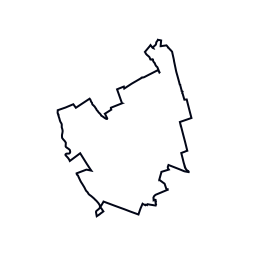 Tortoman, Constanta, Romania, rotated 290°
{"feature_id": "2599482B73045613488071", "entity_name": "Tortoman", "entity_type": "district", "adm_level": 2, "iso_a3": "ROU", "parent_name": "Romania", "parent_adm1": "Constanta", "projection": "natural_earth1", "projection_center": [28.254, 44.36], "detail": "fine", "context": "isolated", "style": "outline", "palette": "ink", "viewbox_px": 256, "rotation_deg": 290, "n_neighbors": 0, "source": "geoboundaries", "source_scale": "gbopen_adm2", "svg_char_len": 5367}
<svg xmlns="http://www.w3.org/2000/svg" viewBox="0 0 256 256"><g transform="rotate(290 128 128)"><path d="M207.2,148.1L208.7,147.2L213.7,144.0L214.7,143.4L214.8,143.3L215.9,141.2L216.1,141.0L216.1,140.7L217.3,138.5L217.3,138.2L217.5,138.2L218.7,136.1L218.8,135.9L216.7,131.9L216.1,131.0L216.0,130.7L217.0,130.4L218.9,129.9L221.6,129.2L221.5,128.2L221.1,126.0L221.1,125.9L220.3,125.9L220.0,125.8L219.4,125.6L218.8,125.4L218.1,125.3L216.7,125.6L215.9,125.6L214.9,125.2L213.4,124.3L213.0,124.1L212.7,124.1L212.3,124.1L211.8,124.4L211.7,124.5L211.7,124.0L212.0,123.3L213.6,120.8L212.2,120.4L205.3,117.9L205.2,118.1L204.1,119.2L203.8,119.6L203.7,119.8L203.5,120.2L203.2,120.7L203.0,121.2L202.9,121.6L202.6,122.3L202.4,122.9L202.1,123.6L202.0,123.8L201.8,124.0L201.3,124.5L200.7,125.1L200.3,125.4L200.1,125.5L200.1,125.8L200.4,126.0L200.4,126.3L200.3,126.6L200.5,126.8L200.6,127.3L200.8,127.6L201.0,127.7L201.0,127.8L200.8,128.1L199.6,128.7L199.4,128.9L199.2,129.1L199.0,129.4L198.8,129.7L198.2,130.6L198.1,131.0L197.3,131.6L196.9,132.0L196.6,132.3L196.2,132.8L195.7,133.5L195.5,134.1L195.3,134.6L195.1,134.9L191.8,137.8L191.4,138.2L191.1,138.6L190.9,138.5L191.5,137.9L191.7,137.5L192.1,136.9L192.6,136.3L187.1,131.2L185.3,129.5L181.5,126.0L181.1,125.6L180.6,124.8L180.3,124.4L180.2,124.2L180.3,123.9L179.8,123.4L179.3,123.3L170.9,116.3L163.8,111.0L165.5,109.9L162.0,106.0L160.6,104.5L154.9,109.2L149.2,113.9L149.2,114.0L141.2,105.0L140.6,105.2L139.5,106.0L133.5,101.4L133.3,101.7L129.9,105.2L129.6,105.2L129.4,105.2L129.2,104.8L129.2,104.0L129.5,102.4L129.9,101.4L129.9,101.2L130.4,99.1L130.5,98.6L131.2,97.9L131.5,97.4L132.1,96.3L132.3,95.9L132.4,95.4L132.8,94.8L133.2,94.2L133.5,93.9L133.7,93.4L133.8,93.2L134.1,92.6L134.5,92.1L134.9,91.7L135.2,91.5L135.3,91.2L136.8,89.2L137.1,88.4L137.5,87.8L137.7,87.0L137.9,86.6L138.3,86.2L139.4,85.5L139.9,84.6L140.5,84.0L141.8,82.9L142.2,82.2L142.4,81.9L129.2,72.1L131.6,68.5L130.9,67.7L125.7,62.1L125.4,61.7L121.9,57.4L120.7,55.9L118.7,56.5L118.1,56.7L117.8,57.0L116.9,57.9L116.8,57.7L115.2,58.9L114.4,59.5L113.3,60.4L112.1,61.2L111.1,62.0L110.5,62.6L110.0,63.2L109.6,63.8L109.0,64.3L108.5,64.6L106.8,65.2L106.0,65.5L105.7,65.7L105.1,66.2L104.1,66.9L103.2,67.4L103.3,67.4L102.9,67.6L102.1,67.8L100.7,68.1L99.8,68.2L98.7,68.4L97.4,68.9L96.5,69.3L95.9,69.8L95.6,70.3L95.1,71.1L94.7,71.9L94.1,73.0L93.5,73.9L93.2,74.2L92.9,74.6L92.3,74.8L91.0,75.2L89.6,75.6L89.2,75.9L88.9,76.3L88.6,77.2L88.1,79.2L87.7,80.3L87.3,81.0L86.6,81.4L85.9,81.8L85.6,81.9L84.9,81.9L84.5,81.8L84.1,81.6L83.8,81.3L83.6,80.8L83.0,79.3L82.8,78.9L82.5,78.7L82.1,78.4L81.7,78.3L81.4,78.4L81.1,78.6L81.0,78.8L80.6,79.5L80.1,80.5L79.3,82.0L78.6,83.0L78.1,83.7L77.5,84.2L77.1,84.6L87.9,91.7L80.1,101.7L76.6,106.4L75.4,108.1L74.7,103.4L74.6,103.1L74.0,102.4L67.9,95.3L67.8,95.2L67.3,95.5L66.8,95.9L66.5,96.5L66.3,97.2L66.0,97.5L65.4,98.0L64.1,99.3L62.3,101.1L61.2,102.3L59.7,104.3L57.2,107.4L55.2,109.5L54.5,110.4L54.1,111.4L53.7,112.1L53.3,112.6L52.6,113.4L52.2,114.2L51.9,115.1L51.5,116.6L50.8,118.5L50.1,120.3L49.2,122.1L49.1,122.5L48.4,123.9L47.2,126.0L45.9,127.7L44.9,128.4L44.1,128.7L43.4,128.8L42.7,128.6L42.0,128.3L39.6,126.9L39.0,126.6L38.5,126.6L38.0,126.7L35.4,128.2L34.4,128.8L37.1,130.8L38.5,131.6L39.2,132.1L41.2,133.4L43.3,130.5L43.6,130.0L43.8,129.7L44.1,129.0L44.4,129.1L50.4,130.2L50.5,130.2L50.4,142.5L50.4,148.0L50.4,149.2L50.4,151.7L50.4,152.7L50.3,158.6L50.3,161.2L50.3,164.2L50.3,167.4L54.6,167.3L57.3,167.3L58.3,167.4L61.8,167.6L61.7,168.0L61.4,170.7L61.8,170.8L62.1,171.0L62.2,171.4L62.1,172.3L62.7,172.4L63.1,172.5L63.2,173.0L63.2,173.3L64.6,180.5L65.2,180.5L65.9,180.5L66.0,180.4L66.2,180.2L66.4,180.0L66.6,179.8L66.7,179.7L66.9,179.6L67.1,179.5L67.4,179.5L67.9,179.5L68.1,179.5L68.3,179.5L68.4,179.4L68.4,179.2L68.2,179.0L68.2,178.9L68.3,178.8L68.6,178.7L69.2,178.8L69.4,178.8L69.9,178.5L69.6,177.0L69.1,176.7L71.3,175.7L72.8,175.8L74.6,176.7L74.7,176.8L79.4,181.9L80.0,182.5L80.5,183.1L82.1,184.8L83.5,186.4L83.8,186.1L84.0,186.1L83.9,185.4L84.0,185.0L84.1,184.7L84.3,184.5L84.7,184.2L87.2,182.2L88.0,181.6L88.2,181.3L88.3,181.1L88.6,179.9L89.4,177.2L89.8,176.0L89.8,175.8L89.8,175.6L89.6,175.2L89.8,175.1L95.1,174.7L96.7,174.6L98.2,174.4L102.9,180.6L103.6,179.6L103.9,179.3L104.4,179.0L104.7,178.8L105.2,178.7L106.0,178.7L107.1,178.7L106.9,187.3L106.8,191.2L106.7,193.3L106.6,195.8L107.3,200.1L107.5,200.1L107.7,199.9L107.9,199.7L108.0,199.6L108.1,199.3L108.2,199.2L108.2,198.5L108.3,198.3L108.3,198.1L108.4,197.9L108.5,197.7L108.7,197.4L108.9,197.1L109.1,196.7L109.4,196.2L109.6,195.9L109.9,195.6L110.2,195.2L110.4,195.2L110.4,195.3L110.6,195.1L111.7,194.3L111.6,194.2L111.9,194.0L112.1,193.9L112.3,193.7L112.5,193.6L112.8,193.4L113.1,193.2L113.4,193.0L114.0,192.5L114.3,192.3L114.6,192.1L115.3,191.6L116.7,190.7L119.8,188.6L122.7,186.6L123.6,187.6L125.0,189.3L125.2,189.5L125.5,189.8L125.7,190.0L126.0,190.3L126.4,190.9L126.9,191.5L127.3,191.2L130.6,189.0L134.6,186.3L140.8,182.0L144.9,179.2L148.1,177.0L148.0,176.9L151.4,174.7L159.1,184.2L159.4,184.0L164.6,180.4L172.8,174.8L174.2,173.9L174.9,173.4L173.9,171.3L179.6,167.1L179.6,166.9L180.5,166.8L180.9,166.8L181.0,166.5L181.2,165.7L181.3,165.7L181.7,165.5L182.4,165.0L183.4,164.3L186.1,162.4L186.4,162.3L186.4,162.2L186.5,161.8L187.5,161.1L188.7,160.3L194.2,156.4L196.4,154.8L197.7,153.9L206.9,148.2L207.1,148.1L207.2,148.1Z" fill="none" stroke="#020617" stroke-width="2"/></g></svg>